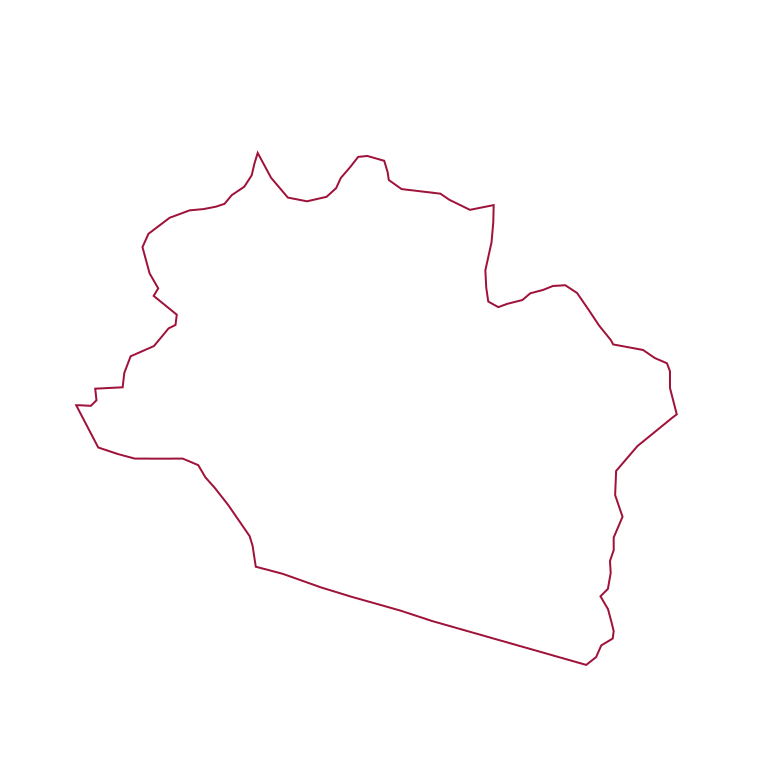 outline of Djerem, Adamaoua, Cameroon, rotated 16°
{"feature_id": "32672807B72380332498823", "entity_name": "Djerem", "entity_type": "district", "adm_level": 2, "iso_a3": "CMR", "parent_name": "Cameroon", "parent_adm1": "Adamaoua", "projection": "orthographic", "projection_center": [12.686, 6.508], "detail": "fine", "context": "isolated", "style": "outline", "palette": "rose", "viewbox_px": 768, "rotation_deg": 16, "n_neighbors": 0, "source": "geoboundaries", "source_scale": "gbopen_adm2", "svg_char_len": 1459}
<svg xmlns="http://www.w3.org/2000/svg" viewBox="0 0 768 768"><g transform="rotate(16 384 384)"><path d="M655.8,598.3L663.2,588.0L664.9,575.4L674.0,565.6L672.9,558.2L671.1,555.1L668.3,550.2L661.4,538.7L650.6,528.4L655.7,519.2L654.0,503.2L650.0,491.8L650.6,480.3L647.1,468.3L649.9,445.9L636.8,427.1L631.1,403.6L644.8,373.7L670.3,337.1L672.5,334.2L673.8,332.5L660.0,309.0L655.4,293.0L650.3,286.1L637.2,284.4L623.6,279.9L593.4,282.8L590.0,279.3L574.6,268.5L559.8,255.9L544.5,243.3L531.0,239.1L519.4,243.2L511.0,249.7L499.6,256.5L493.9,265.1L485.0,270.3L480.2,273.1L472.7,278.6L461.5,276.0L455.8,263.4L450.1,246.8L448.3,218.1L444.4,198.1L440.1,181.8L418.6,192.9L396.0,188.9L385.8,185.5L347.1,191.8L332.4,186.6L329.0,179.2L322.7,169.4L305.1,169.4L296.6,172.8L291.4,185.5L285.7,197.8L284.0,208.9L277.2,219.9L259.6,229.6L240.2,231.3L218.6,216.9L198.9,196.7L198.7,207.7L199.3,219.8L195.3,232.9L187.2,242.5L185.6,244.4L181.1,254.7L173.7,259.8L162.3,265.6L149.2,270.7L132.1,283.3L116.2,304.5L114.1,319.0L128.2,342.3L140.6,354.3L138.3,362.8L165.7,374.5L167.3,384.7L161.6,389.9L152.4,410.9L132.8,427.2L131.3,444.9L133.7,459.2L122.0,463.2L107.7,468.1L112.1,478.9L108.2,485.8L97.0,488.4L94.0,489.3L126.8,523.8L147.3,524.7L165.0,524.4L192.8,516.5L211.0,511.2L227.8,513.2L238.1,523.0L249.8,530.4L267.5,543.2L296.8,567.3L302.3,575.8L311.1,595.0L338.8,594.4L379.2,596.9L411.4,597.5L461.6,597.3L495.7,598.6L655.8,598.3Z" fill="none" stroke="#9f1239" stroke-width="2"/></g></svg>